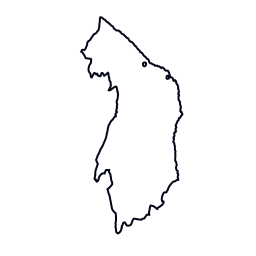 Idiofa, Bandundu, Democratic Republic of the Congo, rotated 8°
{"feature_id": "63176286B53815785774290", "entity_name": "Idiofa", "entity_type": "district", "adm_level": 2, "iso_a3": "COD", "parent_name": "Democratic Republic of the Congo", "parent_adm1": "Bandundu", "projection": "equal_earth", "projection_center": [19.504, -4.707], "detail": "fine", "context": "isolated", "style": "outline", "palette": "ink", "viewbox_px": 256, "rotation_deg": 8, "n_neighbors": 0, "source": "geoboundaries", "source_scale": "gbopen_adm2", "svg_char_len": 5845}
<svg xmlns="http://www.w3.org/2000/svg" viewBox="0 0 256 256"><g transform="rotate(8 128 128)"><path d="M71.1,59.0L72.0,59.1L72.4,59.5L75.0,62.5L76.0,64.3L76.4,64.7L78.2,64.8L81.6,64.7L81.9,65.1L82.2,67.3L82.2,68.7L81.2,70.8L80.7,72.9L80.7,75.2L81.1,77.0L81.8,78.0L83.2,79.5L84.2,82.5L84.6,83.0L85.1,82.9L85.6,81.7L86.3,79.4L86.8,78.3L87.0,78.2L88.0,78.5L88.7,79.2L89.8,78.5L90.1,78.7L90.2,79.6L90.4,79.9L90.9,80.3L92.3,80.3L93.1,80.7L93.6,80.4L93.9,78.4L94.3,77.2L95.0,77.1L95.5,77.5L97.2,79.6L100.5,76.1L100.8,76.4L101.2,77.5L101.6,79.3L102.3,80.5L102.5,81.6L103.0,83.3L103.3,83.8L104.3,84.8L105.1,88.5L105.1,89.2L104.8,90.2L104.4,91.0L103.7,93.3L104.2,93.4L105.4,92.8L108.8,89.4L110.0,88.7L110.7,88.7L111.6,90.5L112.2,92.6L112.6,93.0L112.5,93.8L112.9,94.1L113.0,94.7L113.4,95.3L113.5,95.8L113.4,96.6L113.5,96.9L113.4,97.5L113.6,97.9L113.6,101.0L113.4,101.8L113.1,102.1L113.1,102.4L113.3,103.2L113.1,103.8L113.4,104.8L114.0,105.6L114.1,106.1L113.8,107.2L113.8,107.6L114.3,108.4L114.1,109.2L114.3,110.1L113.9,111.3L114.0,112.6L114.5,113.1L114.2,113.5L114.6,113.9L114.7,114.1L114.3,114.4L113.6,116.4L113.7,116.7L114.1,117.1L114.0,117.6L114.3,118.2L113.5,118.5L112.5,119.9L112.0,121.4L111.0,122.6L110.1,123.9L109.0,126.9L108.5,127.9L108.1,131.3L108.1,134.5L107.9,135.2L107.8,137.9L107.6,140.5L107.1,142.8L105.3,149.4L103.7,153.1L102.9,156.7L102.4,157.7L102.3,158.5L101.6,160.0L101.5,161.8L100.9,163.5L100.9,163.9L101.4,165.3L103.1,167.7L101.8,174.8L101.8,176.0L102.1,179.4L101.9,183.0L102.2,183.5L103.2,183.5L103.7,184.7L104.5,185.4L105.0,185.0L105.3,184.4L105.7,184.4L105.9,183.5L106.1,181.5L106.5,179.9L107.5,178.0L108.1,177.3L108.8,176.7L109.5,176.3L111.2,176.3L111.7,173.6L112.3,172.6L114.4,172.5L115.0,172.1L115.3,172.2L115.1,173.2L115.5,174.5L117.1,176.4L117.4,178.1L118.0,179.2L118.5,181.4L119.0,182.7L119.7,183.7L120.1,185.0L120.1,186.1L119.1,187.9L117.1,190.7L116.5,190.9L116.2,191.6L117.1,193.3L117.3,194.2L119.3,198.0L122.9,208.7L123.5,210.3L124.1,211.2L125.5,212.7L126.1,213.2L127.5,213.9L128.2,216.1L128.9,220.3L129.0,222.1L128.9,224.2L129.3,225.5L129.4,227.9L129.8,228.6L130.8,232.5L131.5,233.2L132.7,233.8L133.1,233.6L134.5,232.2L134.8,231.3L135.1,231.0L135.5,229.3L135.5,228.5L135.8,227.6L135.5,227.1L135.6,226.5L135.5,226.0L135.9,225.3L136.2,224.5L136.3,223.3L136.9,222.2L138.1,222.0L140.3,224.7L142.0,224.7L143.4,224.2L143.8,223.9L144.6,222.8L145.4,219.2L145.9,217.6L146.2,217.2L146.6,217.0L147.6,216.9L152.4,217.1L153.9,216.9L155.1,215.8L155.9,215.7L156.6,215.3L157.2,214.3L158.2,212.1L158.9,211.1L161.1,211.0L161.0,210.2L160.7,209.7L160.5,207.9L160.8,205.3L160.7,204.2L160.9,203.3L160.8,202.8L161.2,201.6L163.7,201.8L164.7,202.1L168.2,204.2L168.4,204.0L168.6,203.0L168.9,202.6L170.7,201.2L172.6,199.2L173.4,197.9L173.6,197.3L173.6,196.3L173.3,195.9L173.0,195.7L172.2,196.0L172.0,195.9L171.4,194.2L171.2,192.6L171.5,190.1L172.1,187.9L172.5,187.1L172.9,186.7L174.6,186.5L175.1,186.2L175.4,184.6L175.8,184.3L176.0,183.7L176.3,182.0L177.1,179.8L178.8,176.7L179.9,175.3L180.5,174.7L182.1,174.2L183.3,173.0L183.8,172.7L184.5,172.3L184.9,172.3L184.5,170.6L184.0,169.9L184.0,168.8L184.3,167.4L184.2,167.0L184.0,166.5L183.3,166.1L183.2,165.7L183.3,164.4L183.2,163.8L182.9,163.4L181.9,162.9L181.6,162.0L181.1,161.1L181.1,159.4L181.4,158.2L181.3,157.5L180.4,155.4L180.3,154.8L179.5,154.1L179.2,153.4L178.9,150.7L178.7,147.9L178.2,146.4L178.3,144.6L177.4,142.7L177.4,142.1L177.0,140.3L177.0,139.6L176.5,138.6L175.8,136.3L174.8,135.6L175.0,133.0L175.1,132.2L174.4,131.4L174.3,131.0L174.8,130.2L175.1,129.4L175.0,128.8L174.5,127.4L174.7,126.4L174.7,125.9L174.9,125.7L175.6,125.5L175.8,125.2L175.9,124.1L175.5,123.5L175.2,122.3L175.3,121.8L175.8,120.9L175.6,120.3L174.8,119.0L175.4,117.4L175.3,116.7L175.8,115.6L176.1,114.3L176.7,113.6L177.0,113.0L177.0,111.3L177.8,111.2L178.3,110.0L178.9,109.1L179.1,108.0L179.5,107.7L180.0,107.1L179.9,106.5L179.2,105.6L178.8,104.7L178.0,104.7L177.5,104.2L177.4,103.6L177.5,102.6L177.2,101.4L177.6,100.5L177.1,98.9L176.2,97.2L176.0,95.7L175.6,95.1L175.5,94.4L175.3,94.0L174.5,93.5L174.2,93.0L173.9,92.2L173.9,91.2L173.7,90.1L174.0,88.4L173.9,88.1L173.4,87.9L173.1,87.5L173.1,86.2L173.5,85.5L172.9,83.8L172.8,83.0L172.0,81.8L172.0,80.2L171.4,79.0L171.0,78.8L170.7,78.0L170.3,77.5L169.8,77.2L169.5,76.9L169.1,75.2L168.1,74.2L167.5,74.2L166.9,75.0L166.5,74.8L166.2,74.5L166.0,73.5L164.9,72.2L164.3,71.9L163.3,71.8L162.4,71.1L162.1,69.9L161.6,69.2L161.2,67.9L159.8,65.9L159.4,65.7L158.6,65.8L157.7,65.7L157.6,65.9L157.2,65.8L156.5,65.5L155.8,64.6L154.1,63.3L153.4,63.3L152.6,64.0L152.5,63.9L152.3,63.4L150.7,63.0L150.4,62.7L149.1,62.7L148.6,62.3L148.0,62.2L147.3,62.5L145.9,62.5L145.5,61.9L143.2,61.3L141.8,60.7L141.0,60.8L140.4,60.3L139.7,59.5L139.4,58.4L138.3,57.0L137.7,57.0L137.2,56.6L136.7,56.5L135.9,55.8L135.7,55.4L133.3,53.9L132.9,53.3L131.5,51.8L130.3,51.2L129.5,51.2L128.8,49.8L127.6,49.1L125.3,47.1L124.4,45.9L123.3,45.6L122.4,44.6L122.1,44.1L119.7,42.2L118.3,42.1L117.7,41.7L116.8,40.8L116.3,39.9L115.4,39.1L114.0,38.8L112.9,37.7L112.1,37.3L110.8,36.1L109.0,35.6L107.6,34.6L107.3,33.9L106.6,33.8L105.5,32.9L102.8,33.0L101.9,32.3L100.5,31.7L100.0,31.2L99.3,30.0L98.8,29.5L97.1,28.9L95.6,27.5L94.8,27.3L93.8,26.3L92.9,26.2L92.2,25.8L90.9,24.8L90.5,24.2L88.7,23.6L86.9,22.3L85.2,22.2L85.0,22.8L85.1,24.3L85.1,25.4L85.3,26.5L85.2,28.4L85.3,30.8L85.5,31.8L85.1,35.5L84.4,36.2L83.5,38.0L82.8,39.0L81.5,39.6L81.1,40.2L79.7,42.8L78.3,45.9L77.6,46.9L76.6,47.5L76.2,48.6L75.8,49.2L75.7,49.7L76.0,51.0L75.0,55.0L74.6,56.0L74.0,56.8L72.1,56.8L71.7,57.1L71.4,57.5L71.1,59.0ZM134.9,64.5L134.2,63.8L133.9,62.0L134.3,61.3L134.8,60.9L135.8,60.7L136.6,61.0L137.0,61.9L137.0,63.2L136.3,64.3L135.6,64.6L134.9,64.5ZM160.7,73.8L159.7,73.8L159.2,73.4L159.1,73.1L159.1,71.5L159.4,71.0L159.7,70.8L160.7,70.8L161.2,71.1L161.4,71.5L161.6,72.2L161.5,73.2L160.7,73.8Z" fill="none" stroke="#020617" stroke-width="2"/></g></svg>